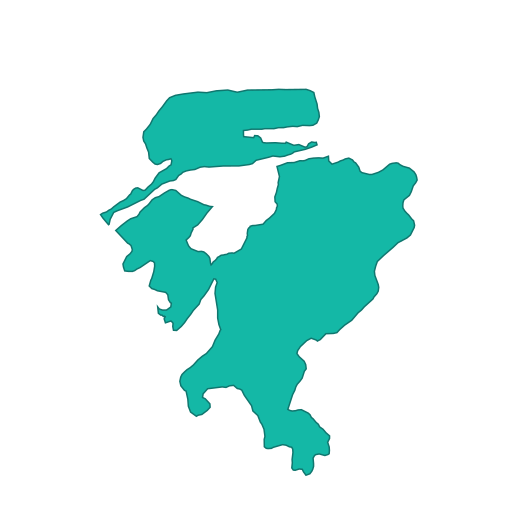 Bani Swayf, Bani Suwayf, Egypt, rotated 208°
{"feature_id": "37247803B71974120040815", "entity_name": "Bani Swayf", "entity_type": "district", "adm_level": 2, "iso_a3": "EGY", "parent_name": "Egypt", "parent_adm1": "Bani Suwayf", "projection": "mercator", "projection_center": [31.073, 29.092], "detail": "fine", "context": "isolated", "style": "filled", "palette": "teal", "viewbox_px": 512, "rotation_deg": 208, "n_neighbors": 0, "source": "geoboundaries", "source_scale": "gbopen_adm2", "svg_char_len": 6129}
<svg xmlns="http://www.w3.org/2000/svg" viewBox="0 0 512 512"><g transform="rotate(208 256 256)"><path d="M129.5,347.0L129.7,355.3L130.4,357.6L133.4,361.1L135.7,361.7L140.5,363.9L142.8,364.5L145.8,365.6L148.7,367.3L149.9,369.1L151.2,372.0L151.8,375.0L149.0,381.5L149.1,385.7L150.1,391.7L149.4,395.7L149.4,398.7L151.2,401.0L153.0,402.8L156.0,404.5L161.9,405.6L168.3,404.2L171.8,404.2L174.1,404.7L175.9,404.1L179.3,401.7L181.1,399.8L184.4,391.5L187.2,387.3L191.8,382.5L194.1,381.2L201.7,379.3L204.0,379.8L207.0,382.7L211.8,385.0L213.5,385.0L215.9,386.1L220.0,386.0L222.8,383.6L224.0,381.8L226.3,379.4L227.4,377.6L232.0,372.8L236.4,374.1L238.9,378.1L242.7,373.9L246.7,372.1L251.2,369.4L254.9,366.7L257.5,363.4L259.2,362.1L262.0,360.7L266.2,356.4L272.0,353.1L277.0,347.4L279.5,344.9L272.6,337.2L270.9,331.2L269.7,329.4L269.0,325.9L267.8,321.7L267.1,317.0L264.6,312.9L261.7,311.8L260.5,310.0L260.5,308.3L259.8,306.5L259.7,302.3L261.9,295.8L263.6,292.2L264.7,287.4L271.0,282.6L273.3,281.3L275.1,279.5L275.0,278.3L275.6,277.2L275.6,275.4L274.3,271.8L273.1,270.1L273.1,268.9L272.5,267.7L272.2,255.3L276.7,248.1L278.5,247.5L281.4,245.6L282.5,243.8L284.2,242.6L285.4,241.4L286.5,240.8L287.7,239.6L287.7,239.0L289.4,236.6L289.3,235.4L289.9,233.0L291.0,230.6L291.0,228.9L291.5,227.1L292.7,228.2L295.7,232.3L297.5,233.5L301.0,234.6L304.0,235.1L306.3,234.5L309.2,232.7L316.8,231.9L319.8,233.0L321.5,234.2L325.2,237.3L324.0,240.7L323.5,243.0L324.1,246.0L324.2,250.1L324.9,251.2L322.1,256.1L320.5,262.9L319.5,270.9L317.7,279.1L320.1,278.1L324.2,277.4L326.0,276.8L333.0,276.6L340.6,275.3L342.9,275.3L347.0,274.6L350.5,274.5L357.6,276.2L361.2,275.2L362.1,274.7L363.5,273.3L366.4,268.7L369.5,262.9L372.3,260.2L374.1,256.8L374.8,252.3L375.5,249.7L377.2,246.3L379.0,240.4L378.9,238.0L379.5,234.9L384.1,230.1L386.1,226.5L389.2,219.6L391.8,212.7L375.4,207.1L373.7,207.1L371.3,206.6L368.3,203.7L367.7,201.9L368.2,198.9L369.9,194.8L369.7,186.5L367.9,184.1L364.9,181.2L361.5,182.5L358.0,184.3L356.3,186.1L355.1,188.5L352.9,191.5L347.2,202.3L344.3,202.9L342.5,202.4L340.7,199.5L338.9,194.2L337.5,187.1L337.5,185.3L336.2,179.4L332.7,178.3L329.7,178.9L326.8,179.0L318.7,181.5L315.7,180.4L312.7,176.3L309.7,174.6L308.6,174.6L307.3,171.0L309.6,166.3L313.0,164.4L316.5,163.8L318.9,164.9L315.3,159.6L312.3,159.1L311.2,159.7L309.4,159.1L308.8,159.8L307.7,159.8L307.6,157.4L304.6,154.5L300.6,158.7L298.8,158.2L297.6,157.6L296.4,154.7L294.0,151.7L291.1,153.0L288.9,158.9L287.8,163.7L287.3,168.5L286.3,173.8L285.8,178.6L283.6,186.9L284.3,191.6L283.2,196.4L282.2,204.1L282.5,216.0L280.7,216.6L277.8,214.3L277.1,209.6L274.6,203.7L264.4,190.2L260.7,183.2L256.5,178.0L252.5,174.4L252.7,173.4L252.2,169.7L252.6,162.6L251.9,155.5L254.0,146.6L256.3,142.4L258.5,137.0L260.1,130.4L261.8,126.3L263.5,123.3L264.6,120.3L265.7,116.7L265.6,113.7L264.4,109.6L261.4,106.1L256.1,103.8L254.3,103.9L248.9,97.5L245.2,91.6L240.5,87.5L233.4,86.5L232.3,88.3L229.4,90.7L226.6,96.7L225.5,100.9L227.3,103.8L233.8,106.1L236.8,106.0L238.0,109.5L236.4,116.1L224.3,124.6L220.8,125.9L218.5,128.9L215.0,131.3L210.3,130.2L208.0,130.9L205.6,130.9L200.9,127.5L189.6,121.7L186.0,117.7L179.5,116.0L174.2,111.4L171.8,110.2L167.6,106.8L163.4,100.9L162.7,98.0L159.1,91.5L156.7,91.0L155.0,91.6L152.1,93.4L150.9,95.2L144.0,101.9L140.6,103.1L137.0,103.2L134.7,103.9L132.9,102.7L131.1,99.8L128.6,93.3L126.8,90.4L124.9,85.7L122.6,84.5L120.8,85.2L117.9,88.2L115.0,89.4L112.7,87.7L109.0,85.9L106.2,89.0L105.7,92.0L105.8,94.4L106.4,97.3L107.7,99.7L110.7,104.3L110.7,106.7L110.2,108.5L107.3,110.9L101.5,112.2L99.2,114.6L98.6,115.8L99.9,118.8L101.7,121.7L105.3,125.2L105.4,129.4L106.6,131.7L111.3,132.8L115.5,134.5L119.6,135.0L122.0,136.7L124.9,137.3L129.0,139.0L131.4,139.5L133.8,141.2L136.1,141.8L143.8,141.6L146.6,139.8L148.4,138.0L151.3,136.1L153.6,135.5L155.9,135.5L158.6,150.8L158.7,155.6L159.4,159.1L159.4,162.1L158.4,166.2L157.9,169.8L159.2,176.9L158.7,179.9L161.1,183.4L164.1,185.7L170.5,187.3L174.1,189.1L174.8,192.0L174.3,196.8L171.5,205.1L168.7,209.3L164.0,210.0L162.4,210.0L161.9,209.7L160.0,212.4L157.8,220.2L151.4,223.9L148.6,226.3L147.5,230.5L145.3,236.5L141.3,244.2L139.2,253.8L137.5,257.9L136.5,262.1L132.6,272.9L132.6,275.2L131.6,279.4L131.6,282.4L132.9,285.9L134.7,288.2L141.9,294.6L144.3,298.1L145.6,303.4L146.3,308.1L143.5,316.5L139.1,327.8L136.9,334.4L131.2,342.8L129.5,347.0ZM412.7,219.6L408.9,217.6L400.9,214.4L400.6,215.0L402.0,220.0L402.1,227.7L399.4,231.2L392.4,239.0L383.9,251.0L381.5,253.6L376.8,267.3L375.1,269.8L372.9,275.3L367.3,281.8L364.4,283.8L362.7,285.9L362.1,290.8L360.6,293.3L359.9,295.6L357.5,298.4L354.3,301.1L350.6,303.7L347.0,308.2L343.6,310.7L339.2,312.5L327.2,320.1L313.4,327.5L304.9,333.6L302.5,335.9L300.8,340.6L291.1,349.2L288.1,352.2L281.5,354.8L277.6,357.6L275.4,360.1L273.2,362.2L272.0,363.9L271.1,365.9L262.6,373.3L257.9,378.3L254.3,382.8L256.2,384.7L257.2,383.9L260.4,382.8L262.2,379.8L262.3,376.3L263.8,375.1L270.5,374.5L274.5,371.5L282.8,370.7L282.8,369.4L286.3,367.6L292.1,365.1L299.6,360.8L302.5,359.6L303.7,359.5L307.3,362.4L310.8,363.0L313.7,361.7L313.6,359.4L322.9,355.6L324.1,357.4L326.0,360.9L322.5,363.3L319.6,365.8L310.4,370.7L308.1,372.5L300.0,376.8L296.5,379.8L291.9,382.3L289.0,384.7L284.4,387.8L280.3,389.6L276.3,393.2L269.9,396.3L267.1,398.2L264.8,401.8L264.9,405.3L265.5,408.8L267.9,412.3L270.9,415.2L273.4,418.8L278.7,424.0L281.7,427.5L285.8,427.4L289.9,426.7L307.8,416.9L314.2,413.8L320.0,410.2L341.4,398.5L349.4,391.8L358.8,389.3L368.6,383.2L376.1,377.1L384.2,373.4L396.3,364.9L402.6,360.0L406.6,355.2L407.7,351.1L408.7,343.9L409.8,338.6L410.3,333.8L411.4,329.1L411.2,322.6L412.3,316.6L413.4,313.0L411.5,307.7L409.1,304.8L406.1,303.1L403.1,300.2L399.6,297.3L396.0,292.0L391.2,290.4L388.3,289.8L386.0,290.5L383.7,292.9L382.6,295.8L380.3,298.9L378.6,300.1L376.8,301.9L375.1,300.7L373.8,296.6L374.9,294.8L376.0,291.2L380.6,284.0L381.6,277.5L381.5,273.4L382.0,270.4L383.7,266.2L384.8,262.0L386.5,260.8L392.4,260.7L394.1,259.5L395.2,257.7L395.8,255.9L395.7,251.8L396.3,250.6L397.3,245.8L399.0,242.8L401.3,239.8L404.7,232.6L405.8,229.6L407.5,227.2L408.6,224.8L411.5,221.8L412.7,219.6Z" fill="#14b8a6" stroke="#0f766e" stroke-width="1.5"/></g></svg>